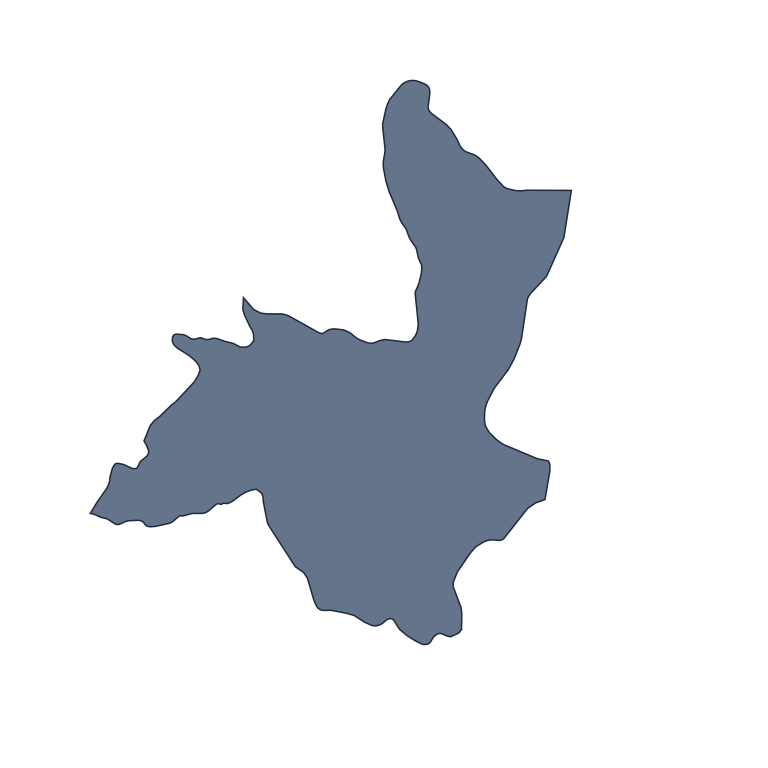 map outline of Huánuco (Albers equal-area conic projection), rotated 304°
{"feature_id": "PER-579", "entity_name": "Huánuco", "entity_type": "Department", "adm_level": 1, "iso_a3": "PER", "parent_name": "Peru", "parent_adm1": "", "projection": "albers", "projection_center": [-76.085, -9.412], "detail": "fine", "context": "isolated", "style": "filled", "palette": "slate", "viewbox_px": 768, "rotation_deg": 304, "n_neighbors": 0, "source": "natural_earth", "source_scale": "10m", "svg_char_len": 3963}
<svg xmlns="http://www.w3.org/2000/svg" viewBox="0 0 768 768"><g transform="rotate(304 384 384)"><path d="M623.1,229.6L640.8,231.1L643.1,231.6L645.1,232.3L648.4,234.4L649.8,235.7L651.1,237.1L652.2,238.8L653.1,240.5L654.4,244.6L655.3,248.8L655.6,251.0L655.6,252.8L655.0,255.1L653.9,256.9L650.4,259.6L639.5,265.1L637.6,266.3L636.3,267.7L635.5,269.6L634.9,271.7L633.9,290.9L632.4,297.5L627.3,308.5L624.1,313.5L623.3,315.5L622.6,317.5L622.3,319.8L622.4,322.2L624.5,330.7L624.7,333.0L624.3,337.9L622.2,346.8L616.7,363.3L614.7,371.8L614.5,373.4L614.6,375.1L615.1,377.6L618.0,385.1L620.9,389.8L624.2,393.6L649.3,431.1L605.9,451.3L565.1,458.4L563.5,458.5L541.0,454.9L537.6,454.9L534.8,455.3L497.9,472.9L492.3,474.6L477.3,477.9L465.0,479.0L441.7,477.8L427.5,479.5L424.3,480.2L419.4,481.9L416.4,483.5L410.3,487.4L406.3,491.1L404.3,494.6L402.4,499.3L400.8,508.5L400.5,513.6L400.8,517.8L407.8,553.0L412.1,563.3L410.3,566.3L405.0,570.0L378.2,582.1L370.2,576.2L361.1,572.6L323.9,569.9L322.3,569.7L320.5,568.7L319.2,567.7L316.8,563.5L315.2,560.7L312.9,558.0L311.4,556.7L308.1,554.6L300.5,551.2L292.6,550.1L269.2,549.9L258.5,552.3L256.2,553.5L254.1,555.5L241.6,573.1L236.9,577.1L223.7,585.6L220.1,585.3L218.9,585.0L211.6,580.5L210.1,576.4L209.4,571.9L208.4,569.7L206.5,567.9L202.3,566.7L199.4,566.6L196.9,566.8L194.7,566.6L192.7,565.7L190.7,563.3L189.7,561.4L188.7,555.1L188.2,544.5L189.2,534.9L189.8,532.8L193.2,525.3L193.8,523.5L193.7,521.8L192.8,520.0L190.5,518.3L188.1,517.5L185.7,516.9L183.7,516.2L181.9,515.2L179.0,512.7L177.7,510.6L176.8,508.0L175.6,500.6L175.4,488.8L172.9,481.0L166.7,466.5L162.4,460.4L161.4,458.2L161.2,456.4L161.3,454.2L162.9,450.8L165.6,446.7L180.2,429.1L182.8,422.7L182.9,412.6L202.3,367.4L204.2,364.5L219.1,349.6L222.2,347.3L223.7,345.7L224.9,343.6L225.5,337.2L222.4,333.8L217.4,330.1L211.7,327.3L202.0,324.0L197.6,321.4L195.2,317.3L193.5,316.7L192.8,315.6L192.4,314.2L191.6,312.9L190.4,312.2L180.2,309.3L177.6,308.1L175.5,306.3L169.2,297.1L162.0,291.0L160.6,288.3L151.2,285.6L148.6,284.1L137.9,273.9L134.6,269.6L133.5,266.5L134.0,264.2L134.9,261.9L134.8,259.0L133.6,256.5L127.8,248.7L125.7,246.7L120.8,243.9L118.8,242.3L117.6,239.8L117.4,230.3L117.0,228.6L115.1,223.8L114.0,217.2L113.4,215.0L112.4,212.9L124.6,212.2L142.5,212.5L147.0,211.8L150.3,210.8L153.1,209.1L162.3,205.9L165.6,205.7L167.7,205.9L168.5,206.6L169.6,208.0L171.6,213.0L173.1,222.0L174.1,224.3L175.8,226.0L178.1,226.2L180.7,225.6L183.8,225.4L191.9,227.8L194.9,227.5L197.0,226.3L200.5,221.2L202.5,216.9L218.8,213.4L225.1,214.0L231.6,216.2L248.1,219.6L252.6,221.2L279.5,225.5L286.7,225.2L292.6,223.8L294.4,221.9L295.8,219.9L297.5,215.7L298.6,206.8L298.2,192.6L298.9,188.2L300.0,186.1L301.7,184.1L304.9,182.4L307.4,182.4L309.1,183.7L312.5,189.7L313.2,191.8L313.5,193.8L313.5,198.1L314.1,200.1L315.2,201.9L319.3,205.5L319.8,206.1L320.2,207.0L320.8,210.3L321.8,212.3L323.4,214.3L326.1,216.4L327.4,218.4L328.4,220.4L329.3,224.2L329.9,226.1L330.3,228.1L333.4,236.5L334.3,244.3L335.6,246.4L337.1,248.6L339.7,250.6L341.8,251.4L347.1,251.8L352.5,247.8L354.9,244.6L356.3,241.3L362.9,230.2L365.6,226.8L367.5,224.9L377.0,219.2L372.9,234.2L373.8,241.9L376.5,247.5L385.1,260.3L386.5,263.9L387.2,267.2L390.1,301.3L390.5,303.0L390.9,304.0L391.9,305.0L392.9,305.6L394.5,306.4L396.4,307.0L398.2,307.9L400.1,309.7L402.1,312.2L405.9,319.5L406.6,321.5L407.3,325.6L407.4,328.0L407.3,330.4L406.9,332.6L406.8,335.6L407.1,339.1L408.5,345.6L409.7,349.0L411.1,351.4L412.5,352.7L417.5,356.1L420.4,358.8L421.6,360.2L430.7,378.1L432.9,380.9L435.5,382.7L441.9,383.0L446.5,382.0L451.3,379.7L453.3,378.5L476.5,359.2L478.5,358.2L483.7,357.4L488.0,356.3L497.0,352.9L500.9,350.7L503.6,348.7L507.7,342.0L513.6,335.9L515.0,333.9L517.9,326.4L519.8,322.7L524.3,316.4L525.3,314.7L527.5,308.7L528.7,306.4L530.3,303.9L534.9,298.2L546.7,280.2L553.3,272.1L562.8,262.7L567.4,259.3L577.3,254.8L579.2,253.6L596.1,239.3L599.2,237.3L613.0,231.8L618.7,230.2L623.1,229.6Z" fill="#64748b" stroke="#1e293b" stroke-width="1.5"/></g></svg>